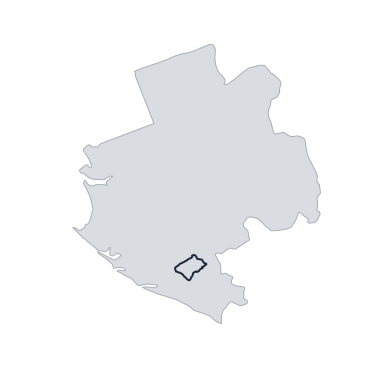 location of Douigni, Nyanga, Gabon, rotated 339°
{"feature_id": "22940354B25852434445694", "entity_name": "Douigni", "entity_type": "district", "adm_level": 2, "iso_a3": "GAB", "parent_name": "Gabon", "parent_adm1": "Nyanga", "projection": "orthographic", "projection_center": [10.944, -2.448], "detail": "fine", "context": "in_parent", "style": "outline", "palette": "slate", "viewbox_px": 384, "rotation_deg": 339, "n_neighbors": 0, "source": "geoboundaries", "source_scale": "gbopen_adm2", "svg_char_len": 4613}
<svg xmlns="http://www.w3.org/2000/svg" viewBox="0 0 384 384"><g transform="rotate(339 192 192)"><path d="M265.0,64.7L264.8,67.7L261.4,75.0L259.8,80.7L259.4,86.7L260.4,91.5L262.0,95.0L263.1,98.7L262.3,101.4L260.6,102.5L261.7,103.8L264.2,104.1L268.4,103.0L274.9,101.0L283.4,98.1L289.0,96.6L298.2,97.6L303.1,98.7L305.6,100.7L308.3,109.4L309.7,110.7L311.9,114.4L313.8,118.8L314.2,121.0L314.0,122.7L312.1,125.0L310.0,128.5L309.3,130.7L307.5,132.2L305.3,133.8L299.1,134.4L298.2,135.3L296.5,139.1L293.2,142.2L291.7,145.2L290.4,149.2L290.7,154.2L290.0,161.3L289.4,166.1L291.0,167.8L298.4,169.0L299.8,170.0L301.7,173.0L304.2,175.8L311.0,177.6L313.6,179.7L315.7,182.1L316.0,184.0L314.4,191.7L313.0,199.2L313.5,204.8L314.1,210.2L314.9,218.1L314.5,222.9L312.6,225.8L312.6,228.1L313.5,230.9L311.8,238.6L310.7,239.9L307.7,241.3L306.1,243.3L305.6,246.6L303.9,251.0L302.3,252.6L302.3,254.7L303.9,256.2L303.8,258.5L300.8,261.2L299.0,263.3L295.0,264.3L290.4,263.2L289.3,261.7L290.5,259.3L290.1,257.4L288.5,255.4L286.0,250.3L283.9,249.2L282.7,251.3L278.9,255.2L272.3,260.2L267.7,260.6L259.2,259.0L252.1,256.6L248.7,250.7L246.6,245.9L243.6,240.2L240.2,237.6L236.5,235.8L234.9,235.7L229.6,238.9L228.1,240.1L228.1,242.7L228.6,245.2L229.4,246.4L230.1,248.0L229.9,250.4L229.0,253.7L228.7,257.3L212.3,260.8L209.4,259.6L207.4,257.9L204.9,258.2L197.8,260.1L195.2,258.8L192.6,257.8L191.4,258.6L191.3,260.2L192.5,268.7L192.1,271.9L190.5,276.2L189.7,279.0L194.0,279.8L195.6,281.2L197.1,283.3L199.2,285.3L199.4,286.5L197.0,288.8L196.2,291.5L197.3,293.7L200.2,295.9L204.6,298.2L206.7,299.7L206.5,301.1L204.5,304.1L203.7,306.6L202.3,308.9L202.6,311.0L204.5,312.9L204.3,314.7L203.0,316.0L200.3,315.7L198.0,315.9L196.0,315.3L189.6,308.6L188.2,308.4L179.0,313.6L176.7,315.7L174.8,318.8L172.2,325.4L168.0,321.5L164.4,314.5L160.1,310.2L151.2,303.1L148.8,298.0L138.6,286.6L124.0,275.3L113.4,265.4L111.8,263.2L113.6,263.5L123.8,268.4L125.2,267.8L126.4,266.7L122.0,264.2L117.8,262.1L113.8,260.9L109.8,261.0L107.6,258.9L106.2,255.7L105.4,253.0L103.7,250.2L98.1,244.3L96.7,242.1L93.6,239.0L95.5,238.6L101.5,241.5L102.1,240.4L101.5,238.6L95.5,235.8L92.2,235.6L91.4,233.7L91.9,231.4L87.5,222.9L83.0,216.5L82.3,213.5L94.5,227.4L96.1,227.6L98.2,227.5L103.2,225.9L102.3,224.0L100.0,222.1L97.8,223.0L95.0,223.2L93.5,222.3L92.8,220.9L95.7,214.2L94.4,214.5L93.5,215.7L91.9,216.3L89.5,216.6L83.6,213.0L78.3,203.3L76.9,201.3L75.5,197.9L74.1,196.5L68.0,182.7L70.3,183.7L73.1,187.7L78.5,186.9L80.6,184.6L82.4,184.6L84.3,184.1L86.6,181.9L93.5,172.4L95.3,159.8L94.7,152.3L93.7,144.9L96.0,142.6L96.9,144.1L97.3,146.8L98.4,148.7L100.9,150.4L105.4,150.9L112.5,153.6L115.0,155.4L115.6,151.9L123.7,148.9L121.3,147.8L114.1,149.0L104.2,144.6L100.9,141.8L97.9,136.4L94.7,133.6L94.9,131.1L102.0,128.8L103.9,129.0L104.7,131.8L106.6,132.9L107.3,132.6L107.6,130.2L107.6,123.9L105.5,114.8L106.1,113.0L108.1,112.4L109.8,111.2L111.0,111.0L113.4,111.2L114.6,113.3L115.3,114.5L117.7,115.0L119.7,116.1L121.4,115.8L122.8,114.5L124.9,114.2L131.4,114.2L137.2,114.3L148.9,114.3L160.6,114.3L172.2,114.4L181.0,114.4L181.0,109.2L180.9,101.2L180.9,91.7L180.8,82.7L180.8,74.3L180.7,64.4L181.2,61.5L181.8,60.4L181.6,58.7L190.6,58.6L206.9,59.3L214.1,59.3L216.1,59.4L225.0,58.9L232.3,59.5L235.3,60.2L238.1,60.6L246.7,61.0L258.0,60.5L261.9,60.6L264.0,62.0L265.0,64.7Z" fill="#d9dde1" stroke="#a8b0b8" stroke-width="1"/><path d="M174.4,266.8L174.4,265.8L175.9,265.8L176.5,265.7L177.1,265.2L177.9,265.0L178.5,265.0L179.5,264.5L179.5,264.1L179.0,263.6L178.6,263.3L178.2,262.9L177.7,262.2L177.5,261.6L177.4,260.9L177.3,260.2L177.2,259.3L177.0,258.8L176.4,258.3L175.8,258.1L175.4,257.7L174.8,257.3L174.0,257.0L173.2,256.6L173.0,256.3L172.9,255.0L172.8,254.2L172.7,253.4L172.3,252.6L171.7,251.8L171.0,251.4L170.2,251.4L169.5,251.5L169.1,251.7L169.1,252.3L168.6,252.8L168.0,253.1L166.6,253.3L165.6,253.3L164.0,253.6L162.5,253.9L161.4,254.2L159.7,254.4L157.5,254.6L155.5,254.7L154.2,255.0L153.3,255.5L152.4,255.8L151.4,256.0L151.2,256.0L150.7,256.1L149.9,256.4L149.3,256.6L148.9,257.1L148.7,257.6L148.6,258.3L148.6,259.2L148.6,259.7L148.6,260.5L149.4,261.0L149.8,261.3L150.1,261.9L150.3,262.1L150.9,262.5L151.4,262.8L152.0,263.2L152.5,263.8L153.0,264.6L153.6,265.4L154.0,266.3L154.2,267.1L154.4,268.0L155.0,268.9L155.4,269.8L156.0,271.2L156.5,272.1L157.0,272.9L157.5,273.3L157.9,273.3L158.5,273.3L159.4,272.8L160.0,272.1L160.5,271.5L161.1,271.1L161.8,270.8L162.6,270.1L163.4,269.0L164.1,268.1L164.7,267.8L165.9,267.7L167.3,267.7L167.8,267.8L167.8,268.2L168.2,268.4L169.1,268.4L169.8,268.3L170.6,268.0L171.2,267.5L171.8,267.1L172.9,266.9L174.4,266.8Z" fill="none" stroke="#1e293b" stroke-width="2"/></g></svg>